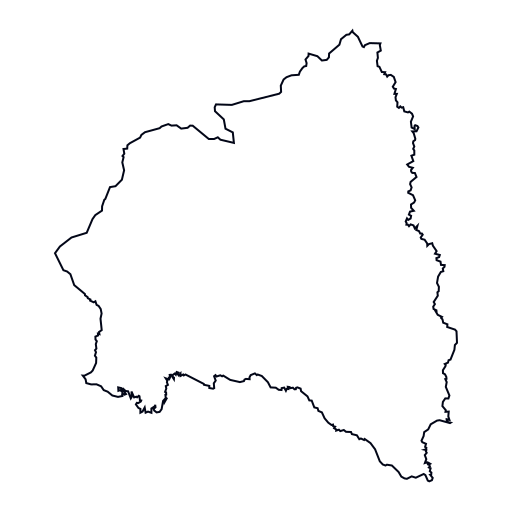 outline of Purwakarta, Jawa Barat, Indonesia
{"feature_id": "22746128B43709097539954", "entity_name": "Purwakarta", "entity_type": "district", "adm_level": 2, "iso_a3": "IDN", "parent_name": "Indonesia", "parent_adm1": "Jawa Barat", "projection": "natural_earth1", "projection_center": [107.447, -6.592], "detail": "fine", "context": "isolated", "style": "outline", "palette": "ink", "viewbox_px": 512, "rotation_deg": 0, "n_neighbors": 0, "source": "geoboundaries", "source_scale": "gbopen_adm2", "svg_char_len": 6031}
<svg xmlns="http://www.w3.org/2000/svg" viewBox="0 0 512 512"><path d="M450.0,423.1L450.6,422.7L448.1,422.2L446.6,419.9L446.6,419.2L449.4,419.9L448.3,416.4L448.7,411.6L445.5,411.8L445.8,410.2L442.4,406.1L442.9,401.9L445.3,398.4L448.4,398.5L449.4,395.5L445.8,386.9L446.7,382.1L445.3,379.1L446.5,378.8L446.3,376.9L445.0,374.3L443.0,373.2L442.9,370.2L445.4,366.3L445.7,365.0L444.8,364.0L448.0,362.6L448.6,360.2L450.5,359.6L454.4,349.8L454.9,345.0L457.0,342.8L456.5,331.3L455.0,329.6L447.2,327.0L447.4,324.3L443.2,322.7L442.5,319.4L441.1,317.9L442.0,316.9L437.7,314.8L435.7,311.4L436.5,311.4L436.4,310.3L433.6,309.0L433.2,306.7L434.9,304.1L433.7,302.0L437.8,295.7L437.4,292.3L438.7,291.2L438.9,286.8L437.0,283.0L438.1,276.6L440.8,272.0L443.3,271.2L442.8,268.5L444.5,266.8L444.7,265.1L441.0,264.9L440.5,261.6L436.6,260.2L436.4,258.1L439.1,257.1L439.8,255.0L435.0,253.7L436.6,251.1L432.9,245.7L432.2,243.2L429.0,244.1L427.3,245.8L427.2,243.5L424.6,239.7L421.4,238.9L420.7,237.5L422.7,234.7L421.9,233.5L420.2,233.5L419.0,231.1L416.3,230.0L417.4,225.8L414.8,228.4L413.5,225.4L410.6,224.4L409.0,226.2L407.9,224.7L406.4,224.7L406.6,223.0L405.7,221.5L407.0,218.4L408.2,219.9L410.6,218.5L411.1,215.8L408.9,214.6L410.0,211.6L413.8,210.8L411.1,207.8L411.0,204.5L414.1,202.5L415.2,200.3L413.0,195.2L408.2,192.8L408.3,191.4L410.6,190.4L411.6,187.4L410.1,184.1L410.6,181.9L416.5,177.0L414.9,173.0L412.3,172.9L411.2,171.6L411.0,170.1L412.8,167.8L409.0,166.8L407.2,164.5L413.3,161.1L411.4,155.7L414.3,154.7L414.3,150.5L413.2,148.9L414.3,146.5L413.0,143.1L413.3,141.3L415.1,140.0L415.3,138.7L413.7,133.2L412.3,131.4L416.5,131.3L418.4,127.5L417.4,126.0L415.2,125.2L414.5,126.1L414.7,129.1L411.6,127.5L410.9,121.7L413.1,116.4L412.0,113.7L409.3,111.6L408.0,112.4L404.3,111.4L403.2,107.2L401.6,107.6L400.3,106.4L398.9,107.9L397.2,106.7L397.5,102.3L395.9,100.4L395.5,97.2L396.8,93.9L394.4,93.9L395.9,89.0L394.0,88.6L392.8,86.7L395.6,82.1L393.8,76.9L390.8,74.9L388.5,75.2L387.2,76.6L386.1,74.4L384.3,74.2L385.1,72.2L381.8,72.0L379.4,66.8L377.6,66.2L376.9,60.8L377.9,57.9L377.4,52.5L380.8,50.6L379.8,45.0L380.4,43.4L369.7,43.1L364.9,45.2L363.9,47.1L362.5,46.5L357.9,36.8L352.7,32.1L352.4,30.7L349.2,34.4L346.4,34.8L341.0,39.2L339.4,44.7L329.1,53.5L328.9,57.4L326.7,59.9L321.9,60.5L317.4,56.2L308.6,53.6L308.5,56.0L305.5,59.5L306.6,63.1L306.2,66.0L304.2,66.4L302.4,68.1L299.9,71.6L298.8,74.8L291.5,75.3L286.5,77.2L283.6,79.5L280.8,85.6L281.1,91.9L279.2,93.7L249.4,101.2L243.8,101.2L231.8,104.9L216.0,104.4L214.7,107.3L215.0,111.2L223.8,119.4L225.5,128.7L232.8,132.4L233.9,142.9L220.4,139.7L217.8,137.3L214.1,139.0L208.8,139.0L192.7,125.7L190.1,125.6L187.6,127.8L181.2,128.6L176.6,125.3L171.5,125.6L168.2,124.1L161.5,126.5L159.6,128.2L145.0,132.2L141.4,134.9L140.1,137.6L129.9,143.2L127.4,145.3L127.2,148.6L123.5,149.0L124.3,153.7L122.5,156.0L123.6,157.1L122.3,162.4L124.1,170.3L121.9,179.7L115.5,186.2L110.0,187.1L105.3,199.0L104.3,199.8L102.1,206.3L102.0,210.6L95.3,215.1L92.5,219.1L86.7,232.8L71.5,237.5L59.9,246.5L55.0,253.2L63.4,270.2L67.1,271.5L70.4,274.2L74.2,285.1L84.9,294.0L85.0,295.3L87.6,297.1L87.8,298.2L90.4,299.5L90.1,300.6L93.7,302.3L95.4,301.3L96.6,304.9L98.6,305.9L100.7,309.0L101.6,313.5L100.5,318.7L101.7,330.1L99.0,332.0L99.4,334.1L97.9,333.6L98.0,335.5L95.4,336.6L95.5,339.5L96.8,341.2L95.8,344.1L96.4,348.6L95.0,350.2L96.0,352.2L94.9,355.7L96.3,357.6L96.1,363.0L92.7,370.5L90.9,372.4L84.4,375.7L82.8,375.6L85.6,379.3L86.3,383.1L91.1,384.4L96.5,384.3L101.1,386.3L103.7,390.1L107.7,391.7L112.3,395.5L118.0,396.9L122.4,396.0L122.1,394.1L122.8,393.6L124.4,394.7L126.0,394.1L123.6,390.8L122.2,392.0L120.3,390.1L118.4,390.8L118.2,387.4L121.3,388.1L122.3,389.4L123.1,388.7L125.6,391.0L128.1,391.3L130.8,398.4L131.7,396.9L131.5,391.5L134.1,397.4L136.4,396.7L137.1,397.3L138.8,395.8L139.5,396.3L139.9,400.2L141.2,400.5L140.8,401.5L138.2,403.1L136.9,402.8L135.9,404.4L138.4,407.9L140.4,408.9L140.4,412.7L142.5,411.6L144.7,407.5L145.6,412.7L148.0,411.6L151.4,412.8L151.4,408.5L154.9,406.2L155.2,404.8L155.5,407.3L153.6,409.0L154.2,410.5L156.6,412.4L159.6,411.9L161.6,409.2L163.1,400.9L164.4,399.5L164.6,402.1L166.7,398.4L165.7,397.6L165.4,394.8L166.2,394.6L166.1,392.4L165.1,391.9L166.3,388.5L165.8,386.1L167.9,384.9L166.9,382.2L167.3,380.8L165.7,378.3L168.7,379.4L168.8,378.1L169.5,378.6L170.1,377.3L169.7,374.9L171.0,374.7L173.9,379.2L174.0,377.7L172.5,376.5L172.8,374.9L174.8,373.5L175.8,374.7L176.7,372.0L178.4,372.6L177.5,373.9L178.8,375.5L180.5,373.5L180.6,375.9L183.2,374.5L183.8,375.4L185.5,374.5L203.8,383.9L204.0,384.8L209.3,385.9L209.3,388.0L213.1,388.7L214.2,388.1L213.8,383.3L215.7,380.6L214.1,376.2L215.5,375.1L216.5,376.5L220.3,375.3L222.1,376.3L223.2,375.6L230.2,379.9L239.9,382.1L243.9,381.1L244.5,379.6L245.9,378.9L249.6,379.2L249.5,377.3L250.7,375.1L254.9,373.4L256.8,375.1L257.7,374.5L261.8,376.0L267.9,382.2L270.6,387.4L275.8,387.7L278.7,389.8L281.5,390.0L281.7,388.1L284.2,387.6L285.9,390.8L286.8,388.8L288.2,389.0L287.8,386.8L289.7,387.1L290.1,388.2L292.9,387.7L294.5,389.3L295.8,389.2L296.1,387.8L297.4,387.4L300.6,388.6L301.1,391.2L307.5,396.4L309.3,400.4L311.7,400.6L314.3,407.4L317.6,408.2L318.4,410.9L321.9,412.4L324.6,418.3L328.3,422.7L331.5,425.0L333.0,424.6L333.2,426.2L335.1,426.7L334.1,428.2L336.3,429.5L336.2,430.6L338.9,429.7L340.3,431.1L343.8,430.0L346.0,431.8L351.0,432.0L351.9,434.1L356.9,435.3L359.3,439.2L360.9,438.5L364.1,440.0L364.7,439.0L370.5,443.1L375.1,449.3L379.8,461.3L382.8,464.5L385.5,465.5L386.9,464.7L391.9,465.5L398.6,472.0L401.3,476.6L404.5,478.4L406.9,478.8L411.7,476.4L415.8,477.7L423.7,474.0L425.4,475.1L427.8,480.6L429.3,481.3L431.9,480.2L432.7,477.9L430.2,474.8L431.2,474.6L431.4,472.6L429.8,471.2L430.6,468.3L428.9,467.5L429.9,466.3L428.9,464.6L430.2,463.8L428.5,462.8L427.7,463.8L427.0,462.3L424.9,463.0L426.3,459.1L424.8,455.1L426.7,452.8L425.9,451.4L426.3,450.1L424.6,449.7L425.9,449.3L426.4,447.9L425.1,446.9L426.0,443.8L422.3,442.2L421.5,440.7L423.6,436.1L424.2,432.1L428.2,429.4L430.7,424.3L437.0,420.6L439.6,420.2L450.0,423.1Z" fill="none" stroke="#020617" stroke-width="2"/></svg>